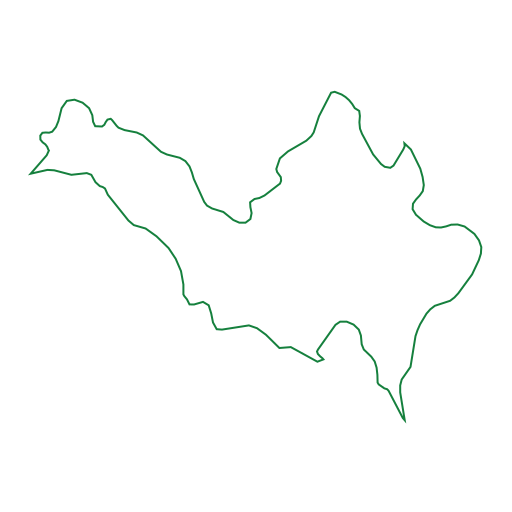 outline of Lai Chau
{"feature_id": "VNM-453", "entity_name": "Lai Chau", "entity_type": "Province", "adm_level": 1, "iso_a3": "VNM", "parent_name": "Vietnam", "parent_adm1": "", "projection": "natural_earth1", "projection_center": [103.098, 22.339], "detail": "fine", "context": "isolated", "style": "outline", "palette": "green", "viewbox_px": 512, "rotation_deg": 0, "n_neighbors": 0, "source": "natural_earth", "source_scale": "10m", "svg_char_len": 2300}
<svg xmlns="http://www.w3.org/2000/svg" viewBox="0 0 512 512"><path d="M390.3,167.8L393.5,165.6L403.2,149.6L404.7,146.2L404.4,143.3L410.9,149.5L420.3,168.7L422.6,177.0L423.8,185.1L422.8,191.1L419.7,195.5L416.0,199.5L413.0,203.7L412.6,209.2L416.0,214.8L423.7,221.5L429.9,225.2L435.8,227.3L441.0,227.5L446.1,226.4L451.2,224.7L457.6,224.5L464.6,226.5L474.4,233.9L479.0,240.4L481.3,247.1L480.9,253.6L478.8,260.2L472.1,274.4L458.3,293.3L454.4,297.5L450.1,300.8L434.8,305.8L430.3,309.3L426.5,313.6L420.1,324.3L417.5,330.2L415.5,336.1L410.5,366.9L401.7,379.5L400.2,385.4L400.2,392.4L404.7,420.2L402.8,418.0L388.6,390.8L387.1,389.2L384.4,388.4L378.7,384.4L377.6,382.6L377.4,374.9L376.6,367.7L374.7,361.5L371.3,356.7L363.8,349.5L361.7,344.3L360.9,335.5L358.8,329.6L353.6,324.6L346.8,321.7L340.1,321.7L335.5,324.8L318.0,349.5L317.0,351.5L317.9,354.0L320.1,356.3L322.4,358.2L323.4,359.4L317.4,361.7L290.8,347.1L279.4,348.0L265.9,334.7L257.0,328.2L248.9,325.4L222.0,329.6L216.7,329.2L213.0,322.5L211.2,313.4L208.7,305.3L203.0,301.9L194.0,304.5L189.5,304.4L187.0,299.4L184.3,296.1L183.4,294.4L183.4,284.5L181.0,271.1L175.7,258.8L168.6,248.1L156.5,236.3L145.6,228.5L133.8,225.1L128.4,220.5L107.8,194.7L105.0,188.5L102.7,187.0L99.8,186.1L95.5,182.2L91.3,174.8L86.8,173.1L71.4,174.8L54.2,170.3L47.4,169.9L30.7,173.7L46.7,155.3L48.9,150.5L48.4,149.8L47.2,146.8L45.4,144.4L42.6,142.3L40.4,139.6L40.3,135.6L42.4,132.8L45.6,132.5L49.1,132.7L52.2,131.7L56.0,127.0L58.4,121.1L61.6,108.2L66.8,100.9L74.5,99.7L82.6,102.7L89.1,108.2L92.3,115.2L93.1,121.8L95.2,126.2L102.0,126.5L104.3,124.8L105.7,122.1L107.5,119.6L110.7,118.8L112.1,120.1L116.6,125.8L118.5,127.7L124.6,130.1L136.7,132.5L143.0,135.4L161.0,151.8L166.9,154.5L179.8,157.8L185.4,161.1L189.5,166.4L191.9,172.5L193.8,179.0L204.2,201.9L207.0,205.6L212.1,208.5L223.4,212.0L233.3,220.0L239.4,222.7L245.5,222.7L250.4,219.0L251.6,213.1L250.4,207.2L250.1,202.3L254.5,199.0L259.4,198.0L264.5,195.5L280.0,183.6L281.1,180.8L280.8,177.1L277.1,172.0L276.3,169.0L279.9,158.4L288.0,151.4L306.3,140.7L311.4,136.0L313.7,132.4L319.0,116.2L331.1,92.7L334.7,91.8L341.6,94.5L345.5,97.0L349.1,100.2L352.2,104.0L354.8,108.2L359.2,110.9L359.9,116.0L359.4,122.3L360.0,128.7L362.0,133.8L373.1,154.4L381.0,164.0L384.7,166.8L390.3,167.8Z" fill="none" stroke="#15803d" stroke-width="2"/></svg>